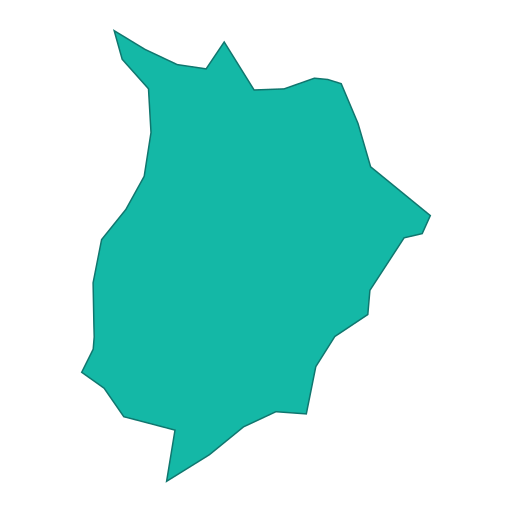 an SVG outline of Bugiri
{"feature_id": "UGA-3117", "entity_name": "Bugiri", "entity_type": "District", "adm_level": 1, "iso_a3": "UGA", "parent_name": "Uganda", "parent_adm1": "", "projection": "robinson", "projection_center": [33.743, 0.527], "detail": "fine", "context": "isolated", "style": "filled", "palette": "teal", "viewbox_px": 512, "rotation_deg": 0, "n_neighbors": 0, "source": "natural_earth", "source_scale": "10m", "svg_char_len": 582}
<svg xmlns="http://www.w3.org/2000/svg" viewBox="0 0 512 512"><path d="M93.9,324.9L93.1,282.8L101.6,239.6L125.9,209.4L144.2,176.3L151.0,132.6L148.5,88.8L122.2,59.3L114.2,30.7L145.0,49.4L177.2,64.6L206.1,68.9L224.2,42.0L254.1,90.0L284.0,88.9L314.4,78.2L327.8,79.5L341.2,83.7L358.0,123.5L370.6,166.8L430.3,215.6L422.2,233.6L404.1,237.8L369.9,290.3L367.8,314.5L334.8,336.5L315.8,366.6L306.3,413.9L275.9,411.7L243.6,426.8L209.4,454.7L166.6,481.3L175.0,430.1L123.8,416.7L104.1,388.2L81.7,372.3L93.2,349.2L94.2,336.9L93.9,324.9Z" fill="#14b8a6" stroke="#0f766e" stroke-width="1.5"/></svg>